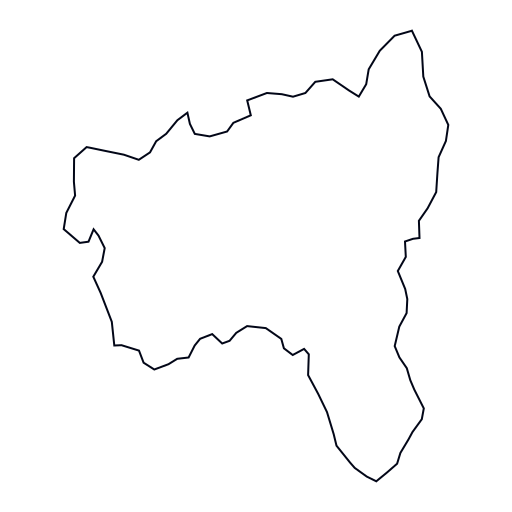 the district of Värnamo, Jönköping, Sweden
{"feature_id": "70781695B84556885124155", "entity_name": "Värnamo", "entity_type": "district", "adm_level": 2, "iso_a3": "SWE", "parent_name": "Sweden", "parent_adm1": "Jönköping", "projection": "orthographic", "projection_center": [14.133, 57.154], "detail": "fine", "context": "isolated", "style": "outline", "palette": "ink", "viewbox_px": 512, "rotation_deg": 0, "n_neighbors": 0, "source": "geoboundaries", "source_scale": "gbopen_adm2", "svg_char_len": 1417}
<svg xmlns="http://www.w3.org/2000/svg" viewBox="0 0 512 512"><path d="M376.5,481.1L387.0,472.5L397.1,463.7L400.4,452.9L408.5,439.4L412.5,432.0L421.8,419.2L423.8,408.4L414.3,389.6L410.3,380.2L406.8,368.2L399.4,357.4L394.7,346.1L399.3,326.6L406.6,313.1L407.3,299.1L405.2,289.0L397.8,271.0L405.8,256.9L405.0,241.5L413.0,238.8L419.5,238.0L418.9,220.8L427.6,208.3L436.2,192.1L437.4,173.4L438.6,157.2L445.9,141.0L448.3,124.9L440.8,108.8L429.6,96.4L423.3,76.6L421.9,51.8L411.9,30.7L411.7,30.8L406.2,32.4L394.6,35.7L379.8,50.7L368.7,69.3L366.2,84.2L358.8,96.6L348.9,90.4L332.7,79.3L315.3,81.8L305.4,93.0L293.0,96.7L281.8,94.2L266.9,93.0L247.2,100.4L250.8,115.3L233.4,122.8L227.1,131.5L209.7,136.4L194.8,133.9L189.9,123.9L187.4,112.7L177.4,120.2L166.2,133.8L156.2,141.2L150.0,152.4L138.8,159.8L123.9,154.7L105.2,150.9L89.8,147.7L86.6,147.1L74.1,158.2L73.9,181.8L75.1,195.6L66.3,212.9L63.7,229.1L79.8,242.9L88.5,241.7L93.6,229.3L98.5,235.6L104.7,248.1L102.1,261.8L93.3,276.7L100.7,293.0L111.8,321.8L114.3,345.5L121.5,345.2L139.0,350.6L143.6,362.7L154.3,369.5L168.5,364.2L177.2,358.8L188.6,357.5L194.7,345.5L200.1,338.8L212.2,334.1L222.2,343.5L229.6,340.8L236.3,332.8L247.1,326.1L265.8,328.1L281.3,338.9L283.9,348.3L292.7,355.0L304.1,348.9L308.8,354.3L308.1,375.1L318.2,393.9L327.0,412.1L333.7,434.2L336.5,445.7L350.0,462.5L354.7,467.9L366.8,476.6L376.3,481.3L376.5,481.1Z" fill="none" stroke="#020617" stroke-width="2"/></svg>